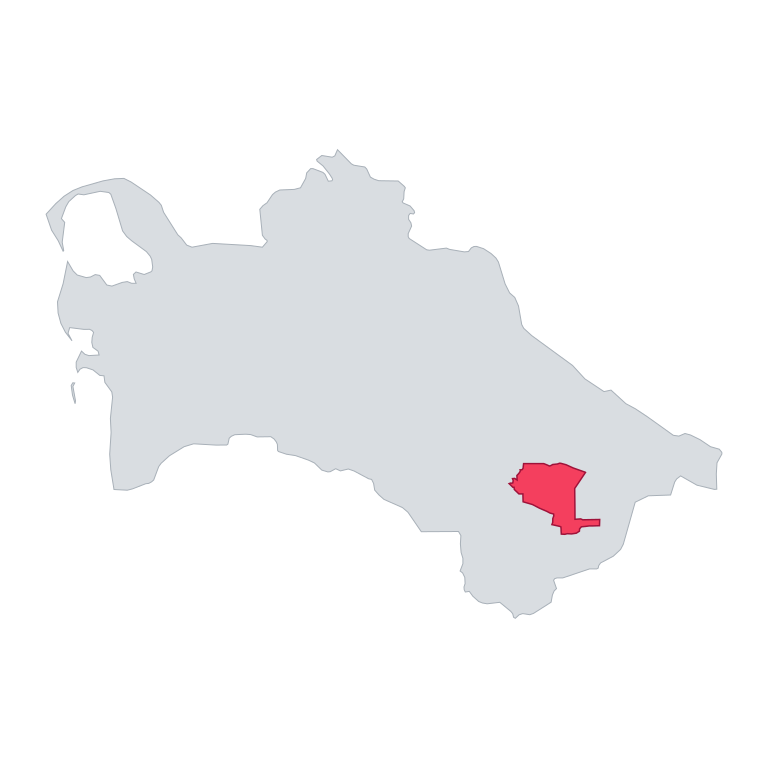 Yoloten, Mary, Turkmenistan shown in context
{"feature_id": "10190150B71181095534415", "entity_name": "Yoloten", "entity_type": "district", "adm_level": 2, "iso_a3": "TKM", "parent_name": "Turkmenistan", "parent_adm1": "Mary", "projection": "mercator", "projection_center": [63.056, 37.187], "detail": "fine", "context": "in_parent", "style": "filled", "palette": "rose", "viewbox_px": 768, "rotation_deg": 0, "n_neighbors": 0, "source": "geoboundaries", "source_scale": "gbopen_adm2", "svg_char_len": 4659}
<svg xmlns="http://www.w3.org/2000/svg" viewBox="0 0 768 768"><path d="M212.6,243.4L250.7,245.6L262.4,247.2L267.2,241.6L267.0,240.3L265.2,239.1L262.4,235.3L259.8,209.3L263.1,205.5L267.0,202.8L272.5,194.6L275.4,192.1L279.8,190.0L294.3,189.4L300.5,187.8L305.7,178.4L306.7,172.9L310.7,168.6L312.9,168.6L322.9,172.4L325.0,174.3L328.3,181.2L332.0,180.8L332.6,179.6L332.1,178.1L329.3,173.8L323.1,166.0L317.1,161.1L316.6,159.5L321.8,155.5L332.2,157.2L334.8,155.9L337.5,149.7L351.3,163.8L353.8,165.2L364.8,167.0L366.7,169.0L370.4,177.1L374.1,179.2L378.7,180.7L398.2,181.0L404.3,186.4L405.3,187.8L404.1,191.6L403.7,198.9L402.2,201.8L403.2,203.0L410.1,206.0L414.1,210.7L414.6,212.7L413.4,214.0L410.2,213.4L408.6,215.5L408.6,219.3L410.9,222.8L411.6,226.1L408.2,233.6L408.2,236.7L409.2,238.5L426.7,249.8L429.5,250.2L446.4,248.1L449.6,249.4L464.4,251.9L468.5,251.5L471.3,247.9L474.0,246.5L476.5,246.4L483.6,248.7L491.0,253.5L495.9,258.0L498.4,262.0L505.1,283.9L509.6,292.9L514.8,297.5L518.5,306.0L521.7,324.5L523.7,328.3L531.7,335.6L572.6,365.5L584.9,378.9L604.0,391.6L611.0,390.1L625.9,403.7L635.4,408.8L647.7,417.0L673.3,435.3L678.9,436.1L685.0,433.5L690.5,435.0L700.1,439.7L710.5,446.7L719.3,449.2L721.8,452.3L721.9,454.0L717.0,462.8L716.3,474.1L716.8,489.2L714.4,489.4L697.0,485.2L680.6,475.9L676.7,478.9L674.7,482.0L670.6,495.0L648.3,495.8L635.2,502.2L623.3,544.2L620.6,549.4L613.3,556.2L600.6,562.9L598.7,565.6L598.2,568.1L596.7,568.9L589.6,568.9L562.8,577.9L557.0,577.9L554.6,578.7L553.6,580.3L556.5,588.6L554.1,591.0L552.4,595.0L551.1,602.2L533.5,613.4L529.8,614.7L522.7,613.6L519.1,614.8L515.3,618.3L513.6,617.3L512.7,613.7L510.8,611.4L499.8,602.3L487.2,603.8L482.5,603.0L478.7,601.5L472.9,596.3L469.3,591.4L465.3,592.0L464.2,589.7L464.0,587.0L465.1,583.6L464.8,577.4L462.6,572.9L460.1,571.0L462.9,563.7L462.9,558.3L461.1,552.4L460.4,543.9L460.9,535.6L458.5,531.5L421.3,531.7L408.0,512.3L402.5,507.6L384.0,499.4L378.9,494.9L374.7,490.1L373.6,483.4L371.6,479.4L368.7,478.8L354.1,471.0L348.3,469.0L340.4,470.9L335.7,468.7L330.2,471.7L327.8,471.9L321.8,470.1L314.5,463.0L308.4,460.1L295.5,455.6L286.4,454.2L278.4,451.5L277.6,450.4L277.4,444.4L276.3,441.9L274.0,438.9L270.8,436.7L257.1,436.9L250.8,434.6L245.7,434.2L234.8,434.7L231.3,436.3L229.2,438.2L227.9,444.1L226.7,445.0L216.1,445.1L193.6,443.8L184.1,446.7L169.5,455.7L161.1,463.3L158.7,466.6L153.7,480.0L151.5,481.9L148.7,483.4L145.8,483.7L132.4,488.9L127.3,490.2L114.0,489.5L110.8,469.8L109.7,454.2L111.1,432.5L110.4,418.5L112.6,397.1L111.8,391.9L104.9,382.4L104.0,375.8L99.8,375.4L93.0,369.9L86.4,367.7L83.0,367.6L80.0,369.2L77.8,372.4L76.2,367.4L76.2,362.1L81.5,351.1L84.9,354.3L88.9,355.6L99.1,355.0L98.1,351.2L92.9,347.4L91.8,342.4L92.2,337.3L93.6,332.4L92.0,330.5L89.6,329.3L84.1,329.4L69.7,327.6L68.0,333.3L72.0,340.8L65.4,332.2L60.9,323.4L58.1,313.0L57.5,301.8L63.1,283.8L67.6,261.5L73.1,270.9L77.2,275.0L86.2,277.6L90.5,277.0L95.2,274.6L99.7,275.4L106.8,285.0L111.9,286.1L122.3,282.4L127.3,281.6L131.6,283.3L136.1,283.3L134.2,278.8L133.4,274.4L136.0,272.0L144.2,274.5L150.8,271.9L152.0,270.8L152.7,267.0L151.7,259.4L150.2,256.2L146.4,251.6L131.7,240.8L126.7,236.5L122.6,230.9L115.9,208.5L110.8,194.2L108.8,192.5L100.2,191.3L83.9,194.8L78.1,194.0L75.5,195.5L68.8,201.6L65.8,206.8L61.4,218.6L64.7,222.4L62.2,242.2L63.7,250.6L63.1,251.2L58.2,240.7L51.6,230.2L46.1,214.2L55.8,203.6L64.1,196.2L73.0,190.5L82.2,186.8L103.0,180.9L114.6,178.8L123.9,178.4L131.1,182.0L150.5,195.0L158.9,202.3L161.3,205.3L163.6,212.3L177.8,234.8L181.2,237.9L186.7,245.1L192.0,247.2L212.6,243.4ZM75.5,400.8L75.1,403.7L72.5,395.1L71.2,385.5L72.8,382.8L74.7,383.0L72.9,386.4L75.5,400.8Z" fill="#d9dde1" stroke="#a8b0b8" stroke-width="1"/><path d="M566.0,464.7L560.8,463.3L559.6,463.2L557.4,464.0L552.7,464.5L550.8,465.6L549.4,466.0L547.0,464.9L543.7,463.6L538.5,463.6L532.7,463.6L527.2,463.6L523.6,463.6L523.3,466.2L523.1,468.2L522.2,469.6L520.1,469.9L520.5,470.7L519.6,472.4L518.5,473.8L516.9,475.5L517.1,480.0L516.0,479.3L514.7,478.4L512.5,478.6L513.2,480.6L512.8,482.9L511.5,483.2L510.4,483.1L509.1,483.6L512.9,487.3L514.1,487.3L514.3,489.5L518.9,493.9L522.9,493.9L523.1,501.8L532.4,504.5L539.7,508.3L546.7,511.3L550.1,513.1L553.6,514.0L553.8,515.8L552.8,518.6L552.7,522.4L551.9,524.6L559.8,526.4L560.9,526.9L561.1,529.3L561.1,530.7L561.3,534.1L564.8,534.3L567.2,533.7L567.4,533.7L571.6,533.9L576.3,533.2L579.4,531.2L579.6,528.8L581.4,526.8L585.6,526.4L587.1,526.2L589.3,525.9L590.8,525.9L592.9,525.9L593.0,525.9L599.5,525.7L599.7,519.5L582.7,519.8L581.9,519.4L580.7,518.9L575.0,519.3L574.9,506.0L574.7,488.4L574.8,488.3L585.5,472.4L585.2,472.2L573.3,468.0L566.0,464.7Z" fill="#f43f5e" stroke="#9f1239" stroke-width="1.5"/></svg>